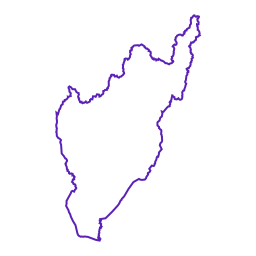 the district of Ta Veaeng, Rôtânôkiri, Cambodia
{"feature_id": "14789045B64125639781639", "entity_name": "Ta Veaeng", "entity_type": "district", "adm_level": 2, "iso_a3": "KHM", "parent_name": "Cambodia", "parent_adm1": "Rôtânôkiri", "projection": "natural_earth1", "projection_center": [107.276, 14.308], "detail": "fine", "context": "isolated", "style": "outline", "palette": "violet", "viewbox_px": 256, "rotation_deg": 0, "n_neighbors": 0, "source": "geoboundaries", "source_scale": "gbopen_adm2", "svg_char_len": 5671}
<svg xmlns="http://www.w3.org/2000/svg" viewBox="0 0 256 256"><path d="M144.8,179.6L146.0,178.3L146.4,176.9L148.1,174.5L147.8,173.5L148.1,172.8L149.4,172.3L150.4,170.6L149.3,168.8L151.8,165.6L153.6,166.0L154.0,165.8L154.7,164.4L154.6,163.8L155.2,163.3L155.1,162.0L156.3,159.7L156.7,157.8L157.2,156.7L158.2,156.8L158.3,156.5L158.2,155.9L158.8,154.8L159.0,152.4L161.7,149.2L159.8,145.2L160.4,143.3L161.8,141.8L162.1,140.7L162.1,139.0L161.9,138.1L162.0,136.6L161.7,136.0L161.6,134.8L161.1,134.2L161.4,130.7L161.0,129.8L160.0,129.3L159.6,128.4L159.0,128.1L159.0,126.8L157.5,125.6L157.4,122.9L157.7,122.0L159.5,120.6L160.3,117.7L161.8,116.5L162.4,113.6L161.9,111.6L162.8,112.0L163.5,111.8L166.9,107.7L168.3,106.4L169.5,106.4L169.8,106.1L169.7,105.1L170.2,104.2L170.1,102.9L170.7,102.1L169.9,101.9L171.3,100.0L172.2,95.4L172.6,95.5L173.0,96.6L174.4,97.1L174.6,98.8L174.9,99.1L176.7,99.4L178.4,98.3L179.0,99.2L180.1,99.8L181.5,99.3L182.0,98.7L182.4,96.7L182.1,95.8L182.5,94.9L182.2,92.3L183.1,90.7L183.9,90.7L184.3,90.2L184.3,89.3L185.4,86.4L185.5,85.3L186.3,83.8L185.3,82.5L185.2,81.5L185.9,80.1L186.4,75.8L187.4,74.5L187.3,72.5L188.4,72.0L188.3,70.8L187.9,70.9L187.5,70.5L186.6,68.9L187.7,68.1L188.8,68.1L189.7,66.4L190.2,66.1L190.7,64.0L190.4,63.0L190.8,62.3L191.3,62.1L191.2,61.4L191.9,60.5L191.6,58.8L192.9,57.7L192.3,56.7L192.8,55.9L192.8,55.0L192.3,54.3L191.1,53.6L191.3,53.0L190.5,52.0L190.7,51.7L190.6,50.2L190.9,49.9L190.3,47.7L189.1,46.4L189.3,45.9L190.4,45.4L190.4,44.3L190.7,44.1L191.1,42.5L192.2,42.7L192.7,42.2L193.3,42.4L194.5,41.2L194.6,40.7L195.9,39.9L196.1,38.7L195.9,37.2L197.2,36.6L197.7,36.8L198.7,35.9L199.8,35.3L199.2,34.4L199.6,33.6L199.3,31.8L198.4,30.2L197.7,29.9L197.8,27.1L197.3,26.5L197.0,24.9L197.0,24.4L197.7,24.7L198.5,24.4L198.6,22.1L197.7,21.2L197.3,19.2L197.6,18.6L198.0,18.6L198.9,17.1L199.0,16.7L198.7,16.4L197.1,16.2L196.0,16.8L194.5,15.8L194.4,15.4L193.9,15.4L192.9,16.4L192.3,17.6L191.2,17.8L191.3,18.5L190.7,19.7L191.0,23.4L190.7,24.3L190.1,24.8L189.5,27.7L187.1,28.9L186.5,30.5L185.5,30.4L185.1,30.7L184.9,31.4L184.1,32.1L184.7,32.6L184.3,33.8L183.5,34.1L182.8,35.5L182.2,35.6L180.9,34.7L179.3,34.6L177.1,35.6L176.6,36.7L176.1,36.9L175.6,37.8L175.7,39.0L175.1,39.8L176.7,42.8L176.4,44.5L175.5,44.9L174.5,44.5L173.1,45.7L172.7,46.5L173.6,46.9L174.3,48.8L173.6,52.0L173.9,52.8L173.5,53.7L173.6,54.4L173.0,56.0L171.8,56.8L172.2,58.0L171.4,59.1L172.2,60.8L173.0,60.8L173.3,61.6L171.8,63.1L169.9,63.6L169.1,64.3L166.7,63.2L165.4,63.2L164.0,61.7L162.0,60.6L161.5,60.7L158.7,58.8L158.3,59.7L157.9,59.4L156.3,60.4L155.9,59.2L155.2,59.1L154.5,59.5L153.6,59.5L153.3,59.2L153.4,58.5L152.6,58.7L152.4,58.1L151.7,57.7L151.6,57.0L150.3,55.1L150.8,53.6L150.6,51.9L149.6,51.4L149.3,50.8L148.8,50.9L149.0,50.1L148.4,49.4L147.4,49.1L147.1,48.5L146.1,48.5L145.6,48.2L145.3,47.5L144.6,47.2L144.6,46.4L141.6,44.4L139.0,45.8L138.2,45.2L134.2,45.5L133.2,46.3L132.4,47.6L131.7,47.5L131.3,48.0L131.9,49.5L131.5,50.5L130.5,50.4L130.1,50.7L130.1,52.6L130.8,54.1L130.2,54.9L129.9,57.2L128.5,59.3L127.8,59.6L127.5,58.8L125.7,58.5L124.7,58.9L124.8,60.1L124.4,60.2L124.4,61.3L123.6,63.0L123.6,63.9L122.8,64.9L123.1,65.7L122.9,68.4L123.4,68.7L123.5,69.5L123.2,71.4L124.0,72.3L124.1,73.6L123.6,73.9L123.1,74.9L121.8,75.8L121.3,76.5L120.0,76.7L118.9,77.7L117.3,76.9L116.8,75.7L114.9,76.6L114.4,76.1L114.0,74.9L111.6,74.7L111.2,75.0L111.0,75.4L111.3,76.2L110.7,76.5L110.3,77.7L109.5,78.3L109.5,79.7L108.7,81.4L108.8,85.8L107.9,87.4L107.9,88.3L107.1,88.4L106.9,89.9L105.1,89.9L104.1,90.9L103.3,91.0L103.3,93.5L102.8,94.2L101.6,94.8L100.6,96.2L99.4,96.6L99.0,94.6L97.0,94.3L95.7,96.8L94.8,96.4L93.0,96.3L92.4,99.3L91.0,99.1L90.9,99.4L90.0,99.9L90.1,100.8L89.6,101.7L87.1,102.8L86.6,102.6L85.8,101.5L84.5,102.7L83.7,102.6L82.7,103.2L81.8,102.4L81.6,101.8L81.1,102.0L81.1,102.5L80.1,102.2L79.6,100.6L79.1,99.9L78.7,98.6L79.0,98.2L78.4,97.7L78.1,96.6L78.9,94.4L78.5,93.7L78.6,93.1L77.4,92.7L76.4,91.9L75.0,89.2L72.5,89.2L71.1,87.4L69.5,86.4L68.6,87.1L68.5,87.9L69.3,89.6L69.5,91.8L70.8,93.2L70.5,94.4L70.7,96.1L69.5,96.3L68.5,97.0L68.0,96.8L68.1,97.2L67.2,98.7L66.1,99.6L64.7,100.0L64.7,101.0L63.7,101.7L63.0,101.7L62.7,103.3L62.7,104.3L61.2,105.3L60.0,109.0L59.4,109.3L58.0,114.1L56.5,112.8L56.9,116.5L56.6,118.1L57.0,121.3L56.8,123.3L56.2,124.9L56.4,127.1L56.9,128.3L56.6,129.4L56.6,131.4L56.2,132.0L56.7,133.1L56.8,135.9L58.1,137.9L59.8,138.8L61.0,140.1L60.2,142.1L61.1,144.9L61.7,153.5L64.0,156.3L65.2,158.4L66.2,158.8L67.0,160.3L67.1,160.8L65.5,163.7L65.9,163.9L65.8,165.1L66.7,166.8L66.9,169.1L67.7,169.6L67.4,170.3L67.5,171.0L68.0,171.0L69.0,171.9L69.0,173.2L69.7,173.8L71.1,173.4L71.7,173.8L72.5,173.8L72.4,175.5L73.4,175.4L74.5,176.8L74.0,177.0L74.2,179.1L73.6,179.1L73.4,179.7L72.8,179.7L72.7,180.6L72.0,181.9L73.2,182.9L73.3,183.7L73.8,183.9L73.9,184.2L75.2,184.5L75.6,185.5L75.3,186.5L76.2,187.7L76.2,188.5L75.0,189.6L74.1,191.6L72.6,190.9L71.5,191.4L70.7,193.4L66.5,201.0L66.6,203.5L66.1,205.9L68.5,210.3L69.0,212.3L70.1,214.0L70.8,216.5L72.8,220.8L75.5,225.2L77.4,233.3L78.0,234.8L78.7,235.7L80.6,236.7L81.7,236.5L83.0,236.8L84.5,236.5L87.9,236.9L95.7,239.8L99.6,240.6L100.3,239.2L99.6,239.0L99.6,238.4L98.7,238.7L98.1,237.8L98.8,236.9L98.5,236.2L99.1,235.8L98.7,234.0L99.4,232.9L99.1,231.3L99.5,230.4L99.5,229.1L100.0,228.4L100.0,227.5L100.3,227.4L100.9,227.9L101.2,227.3L101.0,226.8L101.5,226.5L101.0,225.9L101.1,224.0L100.5,223.8L100.4,222.9L99.8,222.9L100.9,220.5L100.7,220.3L100.3,220.7L99.7,220.6L99.7,220.4L100.5,220.1L100.2,219.1L105.5,218.3L112.2,211.7L117.8,205.5L119.1,203.7L120.6,200.5L121.5,199.9L121.8,198.9L124.2,196.3L128.4,189.1L133.4,182.1L139.0,178.9L140.1,179.6L141.9,179.9L144.8,179.6Z" fill="none" stroke="#5b21b6" stroke-width="2"/></svg>